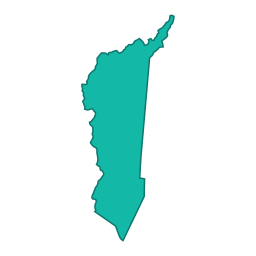 the district of Satubinha, Maranhão, Brazil
{"feature_id": "56859067B80125891953270", "entity_name": "Satubinha", "entity_type": "district", "adm_level": 2, "iso_a3": "BRA", "parent_name": "Brazil", "parent_adm1": "Maranhão", "projection": "robinson", "projection_center": [-45.262, -3.939], "detail": "fine", "context": "isolated", "style": "filled", "palette": "teal", "viewbox_px": 256, "rotation_deg": 0, "n_neighbors": 0, "source": "geoboundaries", "source_scale": "gbopen_adm2", "svg_char_len": 2095}
<svg xmlns="http://www.w3.org/2000/svg" viewBox="0 0 256 256"><path d="M88.5,76.4L88.4,78.7L86.6,81.6L87.4,83.3L86.2,84.4L84.4,84.4L82.0,84.3L82.0,86.7L82.6,89.0L82.1,90.9L83.6,92.7L83.3,95.2L84.0,97.0L84.8,98.6L82.8,101.2L83.6,103.6L84.2,105.4L85.0,107.2L84.6,109.1L86.9,109.9L88.6,109.8L90.7,109.0L92.7,109.0L93.8,110.9L95.3,112.3L95.6,113.9L94.6,117.0L92.9,119.3L91.2,121.4L89.5,122.3L90.1,124.4L91.8,126.1L92.8,127.3L92.9,129.8L92.9,131.5L92.2,134.0L93.3,136.8L92.2,139.4L90.4,142.6L91.8,144.7L93.5,146.5L95.9,147.7L97.2,150.1L96.8,151.9L97.2,154.0L97.7,157.1L97.9,158.9L97.7,161.3L97.2,162.9L96.5,164.6L98.5,166.0L100.0,166.9L100.4,170.0L102.4,171.0L103.4,172.7L103.8,174.2L102.8,175.9L101.4,177.9L100.0,179.7L98.3,181.0L97.9,183.2L97.2,185.4L95.3,187.9L94.9,189.5L94.1,191.0L93.5,193.0L92.4,195.3L91.9,197.7L92.8,199.0L94.4,199.1L95.7,199.5L96.4,201.5L95.5,203.6L94.9,206.0L95.1,208.7L96.0,210.3L94.8,211.6L115.5,226.0L119.2,235.7L120.2,238.0L121.2,239.2L123.0,240.6L144.2,196.5L144.3,190.1L144.6,179.0L143.2,178.6L139.7,178.0L140.8,158.8L141.2,153.9L149.6,57.8L150.7,56.7L151.8,55.9L153.0,54.3L153.6,52.4L154.9,51.7L156.1,50.7L158.0,49.0L159.5,47.2L161.4,47.0L163.1,47.0L162.7,43.8L161.8,41.2L163.1,40.0L164.5,38.9L165.9,37.8L167.2,36.3L167.6,34.7L166.9,32.4L168.7,29.0L170.3,27.2L170.6,24.9L172.3,23.6L172.9,22.1L173.6,19.4L174.0,16.4L172.3,15.4L170.2,15.6L169.7,17.8L169.6,19.5L168.5,21.4L166.1,22.7L164.8,24.9L163.4,26.3L162.6,27.6L161.3,28.3L159.7,29.2L158.1,30.4L158.7,32.9L157.3,34.2L156.6,36.5L154.9,38.2L153.6,40.5L151.9,40.2L150.9,38.6L148.4,39.7L149.0,41.3L148.3,43.6L146.8,45.0L144.5,45.1L143.2,42.3L141.6,40.6L139.5,38.6L137.0,40.0L135.3,40.7L134.2,41.9L133.4,43.6L131.2,44.8L128.9,44.6L127.4,46.2L125.8,47.1L125.3,49.1L123.9,49.7L122.4,52.0L120.7,52.6L119.1,53.2L118.1,52.1L116.7,50.6L114.9,50.9L112.8,51.6L111.6,52.5L110.0,52.3L108.7,53.0L108.0,54.9L106.1,53.3L103.5,52.9L101.6,53.0L100.1,54.5L98.1,57.1L97.1,58.3L97.1,61.1L97.4,63.0L96.5,65.2L95.5,66.4L95.4,68.3L94.4,69.9L92.5,71.4L90.5,73.2L89.1,75.0L88.5,76.4Z" fill="#14b8a6" stroke="#0f766e" stroke-width="1.5"/></svg>